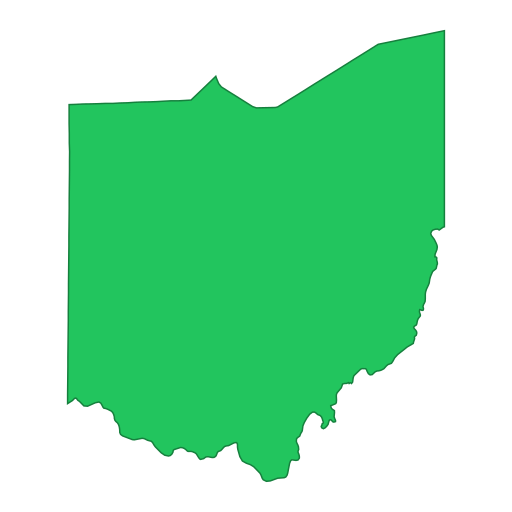 the State of Ohio
{"feature_id": "USA-3550", "entity_name": "Ohio", "entity_type": "State", "adm_level": 1, "iso_a3": "USA", "parent_name": "United States of America", "parent_adm1": "", "projection": "mercator", "projection_center": [-82.407, 40.365], "detail": "fine", "context": "isolated", "style": "filled", "palette": "green", "viewbox_px": 512, "rotation_deg": 0, "n_neighbors": 0, "source": "natural_earth", "source_scale": "10m", "svg_char_len": 4580}
<svg xmlns="http://www.w3.org/2000/svg" viewBox="0 0 512 512"><path d="M215.8,76.3L216.5,78.4L218.7,83.6L221.3,86.9L228.7,91.6L239.1,98.1L252.6,106.6L256.4,107.9L275.3,107.5L277.6,107.0L290.2,99.2L302.8,91.4L315.3,83.5L327.9,75.7L340.5,67.9L353.0,60.0L365.6,52.2L378.2,44.3L389.5,42.0L400.7,39.7L412.0,37.4L423.3,35.1L434.6,32.7L444.4,30.7L444.4,43.1L444.4,55.5L444.4,67.8L444.4,80.2L444.4,92.5L444.4,104.8L444.4,117.1L444.4,129.4L444.4,141.6L444.4,153.8L444.4,166.0L444.4,178.2L444.4,190.4L444.4,202.5L444.4,214.7L444.4,226.8L443.1,227.2L439.2,230.0L437.7,229.1L435.5,229.2L433.2,229.9L431.6,231.2L430.7,233.5L431.4,235.5L434.3,239.4L436.2,243.3L437.0,245.3L437.3,247.0L436.9,249.6L435.1,254.1L434.9,256.8L435.2,256.8L435.7,256.9L436.3,257.2L436.7,257.6L436.8,258.1L436.7,259.4L436.7,259.9L437.3,262.5L437.4,264.0L437.0,264.7L436.2,268.3L435.7,269.0L433.3,270.9L432.5,271.8L430.6,276.3L429.8,279.0L429.2,283.0L428.4,285.1L426.5,289.1L425.6,291.9L425.3,294.1L425.3,298.8L425.1,301.4L424.4,303.0L423.6,304.4L423.0,306.4L423.1,307.1L423.4,308.1L423.5,309.1L423.0,310.3L421.9,310.4L420.7,309.8L419.7,309.6L419.4,311.4L419.6,312.6L420.1,313.9L420.4,315.1L420.2,316.1L418.6,318.1L418.0,319.1L417.5,320.4L417.2,321.6L416.8,323.8L416.3,325.0L414.4,326.2L413.7,327.2L414.2,328.6L415.6,330.1L416.5,331.5L416.8,333.0L416.3,335.2L414.9,336.3L414.5,336.8L414.4,337.3L414.6,338.6L414.5,339.1L413.5,342.2L413.3,343.4L407.3,346.9L397.6,354.6L394.7,357.8L392.7,361.5L391.4,363.3L387.9,364.6L386.4,365.9L383.9,368.7L382.5,369.5L380.8,370.3L378.9,370.8L377.0,371.0L375.2,371.8L372.2,374.6L370.1,374.9L368.4,373.7L367.2,371.5L366.4,369.5L365.6,368.7L361.9,368.6L360.5,369.3L353.9,375.7L353.2,377.7L352.6,382.1L351.5,383.5L350.8,382.9L350.3,382.7L349.8,382.9L349.1,383.5L348.5,382.6L346.6,383.4L344.4,383.5L342.6,384.0L341.3,387.8L337.1,392.8L336.4,394.5L336.3,395.9L336.5,400.1L336.3,402.7L335.6,403.7L331.3,405.5L330.7,405.6L330.7,406.0L331.1,407.5L331.4,408.2L332.0,408.9L332.7,409.5L333.2,409.8L334.4,410.6L334.5,412.6L334.1,416.7L334.7,418.6L335.5,420.3L335.5,421.6L333.8,422.1L332.8,421.8L331.3,420.1L330.2,419.7L329.3,420.3L328.8,421.6L328.1,424.3L327.0,425.9L325.3,427.7L323.4,428.7L321.8,427.9L321.2,426.6L321.3,426.1L321.8,425.5L322.1,424.0L322.3,423.6L322.7,423.5L323.1,423.1L323.3,422.5L323.2,421.7L323.0,421.1L322.7,420.5L322.3,418.8L321.5,417.0L320.3,415.6L317.6,414.5L316.2,413.2L314.6,412.1L312.5,412.1L309.7,414.2L306.8,418.1L304.3,422.5L302.9,425.9L302.3,430.5L301.9,431.6L300.7,433.5L299.7,436.1L298.0,437.3L296.6,438.6L296.3,441.3L296.9,443.2L297.7,444.7L298.4,446.6L298.7,449.4L298.1,451.0L298.0,452.2L298.8,454.1L299.2,455.5L299.4,457.1L299.3,458.2L298.0,460.0L296.0,460.4L291.8,459.8L290.6,460.8L289.6,463.3L287.7,473.1L287.1,475.1L285.8,477.0L284.2,477.7L277.7,478.2L270.3,480.9L266.4,481.3L263.3,479.8L263.2,479.7L262.3,478.4L260.9,474.8L260.0,473.2L253.7,466.7L250.3,464.6L246.3,463.2L242.4,461.0L239.9,456.7L237.8,449.3L237.5,447.1L237.5,444.9L237.2,443.3L236.2,442.5L233.9,442.9L228.6,445.6L226.4,445.9L224.6,446.5L223.2,447.9L221.9,449.4L220.7,450.6L218.3,451.5L217.7,452.1L217.2,452.9L216.3,455.3L215.6,456.4L214.0,457.4L212.1,457.5L208.1,456.7L206.1,456.9L204.8,457.7L203.7,458.6L200.5,459.4L199.9,459.1L198.8,457.8L196.7,454.4L196.1,453.6L195.0,452.8L192.5,451.7L191.2,451.4L188.1,451.4L187.3,451.0L185.9,449.6L184.2,448.4L182.4,447.7L180.5,447.5L174.3,449.5L173.3,450.2L172.9,452.3L171.8,454.2L170.3,455.5L168.5,456.0L164.7,455.2L161.2,452.8L155.3,446.8L154.0,445.0L152.8,442.9L151.4,441.3L147.7,440.3L144.2,438.6L142.1,438.3L134.3,439.8L132.3,439.6L122.6,435.9L120.6,434.4L119.8,432.5L119.7,429.8L119.4,427.5L118.9,425.5L118.0,423.6L117.1,422.5L115.9,421.5L114.9,420.2L114.4,418.6L114.3,416.7L113.7,414.6L112.8,412.7L111.5,411.2L107.8,409.3L105.7,408.5L103.9,408.2L103.0,407.2L102.0,405.2L100.8,403.1L98.9,402.0L95.2,402.8L87.6,406.2L83.9,405.9L79.4,401.3L78.1,400.5L77.7,400.1L76.5,398.5L75.8,398.1L74.7,398.3L73.9,399.0L72.5,400.5L67.6,403.6L67.6,394.4L67.7,385.2L67.8,376.0L67.9,366.8L67.9,357.6L68.0,348.3L68.1,339.1L68.2,329.8L68.3,320.5L68.3,311.3L68.4,302.0L68.5,292.7L68.5,283.4L68.6,274.0L68.7,264.7L68.8,255.3L68.9,246.0L68.9,236.6L69.0,227.2L69.1,217.8L69.2,208.4L69.2,199.0L69.3,189.6L69.4,180.1L69.5,170.7L69.5,161.2L69.6,151.7L69.3,143.0L69.3,133.7L69.1,123.3L69.1,113.9L69.1,104.6L75.2,104.4L83.5,104.0L91.0,103.9L98.2,103.7L105.7,103.4L113.1,103.4L120.1,103.0L127.5,102.8L134.9,102.3L142.4,102.0L149.4,101.9L157.0,101.6L163.7,101.2L171.2,100.8L178.7,100.8L191.0,100.1L204.5,87.2L215.8,76.3Z" fill="#22c55e" stroke="#15803d" stroke-width="1.5"/></svg>